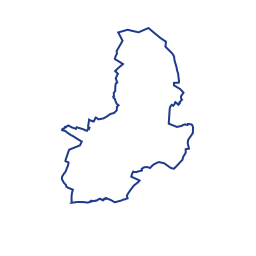 the district of Dutse, Jigawa, Nigeria, rotated 215°
{"feature_id": "59680162B76882427234764", "entity_name": "Dutse", "entity_type": "district", "adm_level": 2, "iso_a3": "NGA", "parent_name": "Nigeria", "parent_adm1": "Jigawa", "projection": "mercator", "projection_center": [9.316, 11.807], "detail": "fine", "context": "isolated", "style": "outline", "palette": "blue", "viewbox_px": 256, "rotation_deg": 215, "n_neighbors": 0, "source": "geoboundaries", "source_scale": "gbopen_adm2", "svg_char_len": 3431}
<svg xmlns="http://www.w3.org/2000/svg" viewBox="0 0 256 256"><g transform="rotate(215 128 128)"><path d="M88.4,91.6L89.4,91.4L89.9,91.4L97.4,90.0L98.4,92.9L98.7,95.3L97.2,95.8L95.8,96.7L95.1,97.8L92.2,101.2L93.4,102.5L92.2,105.1L89.9,107.0L87.0,107.9L86.4,111.6L86.1,112.7L84.0,116.7L82.9,117.9L78.1,119.9L70.1,119.8L67.1,120.9L66.5,123.9L65.2,133.2L65.8,135.0L66.2,135.8L66.6,141.0L68.6,143.7L66.2,146.1L70.4,149.8L71.9,152.7L72.0,161.1L75.1,165.8L77.1,167.3L77.7,167.3L78.2,167.3L79.5,166.6L81.3,165.6L81.1,164.9L81.0,164.6L82.0,164.1L82.6,163.9L83.0,163.9L83.5,163.5L83.7,163.2L84.1,162.6L84.3,162.5L84.4,162.4L84.6,162.1L84.8,161.9L85.1,160.6L88.6,156.9L90.9,156.4L97.1,154.9L101.0,161.3L104.7,167.4L105.6,169.6L105.5,172.0L103.7,172.2L103.6,174.4L103.7,174.8L104.1,176.1L104.0,176.4L103.4,176.3L101.2,176.1L100.1,175.9L99.8,177.1L100.1,177.5L99.9,178.4L100.6,178.6L100.0,182.2L101.4,182.6L102.8,184.4L102.8,188.8L107.6,189.8L114.8,189.3L116.2,191.3L112.9,193.9L112.4,194.2L113.0,195.6L116.9,199.8L117.7,200.9L118.6,201.6L119.0,201.9L120.7,203.2L123.2,205.7L128.6,210.0L131.3,213.0L134.4,214.4L144.1,216.1L144.5,217.2L146.5,220.5L149.1,220.4L150.3,220.4L152.9,220.3L168.6,221.6L174.3,212.4L184.7,208.2L190.8,200.7L182.5,196.3L181.7,187.6L181.5,185.1L181.4,184.4L179.9,183.0L179.5,181.2L179.2,179.2L178.4,177.0L176.7,177.0L173.2,177.3L168.8,177.5L170.3,171.9L171.2,167.3L167.3,166.6L167.2,165.1L166.5,161.6L162.9,159.1L163.5,157.5L162.5,155.3L160.3,151.8L159.7,151.0L159.7,150.6L159.8,148.7L158.3,146.5L157.7,146.1L158.0,145.2L156.9,144.3L155.6,144.4L155.1,144.0L153.4,142.7L151.3,141.4L148.8,141.2L149.2,139.0L147.4,136.0L148.0,132.4L148.4,131.9L150.5,129.3L152.0,125.1L153.6,121.8L157.2,118.1L160.3,118.2L160.5,118.1L159.8,113.8L160.9,113.5L160.8,113.2L162.8,112.7L164.6,112.5L164.1,111.8L163.9,111.0L163.5,110.3L163.2,109.7L163.1,109.3L162.7,108.7L162.5,108.3L162.2,107.6L162.0,107.0L161.5,106.8L161.3,106.4L161.2,105.9L160.9,105.7L160.5,105.7L160.2,105.8L159.7,106.0L159.3,104.6L160.2,104.3L160.2,104.0L160.2,103.6L160.1,103.1L160.1,102.7L160.0,102.2L160.9,101.9L161.3,101.7L161.9,101.7L162.3,101.6L162.9,101.4L163.4,101.4L163.7,101.3L164.4,101.2L165.0,101.0L170.5,99.1L170.2,97.4L174.4,96.3L178.4,95.8L179.2,94.1L179.2,93.2L179.6,93.1L180.1,92.8L179.8,92.3L179.9,91.8L180.2,91.5L180.1,91.1L180.2,90.8L180.2,90.2L180.7,90.0L180.6,89.4L181.0,89.3L180.8,88.5L177.3,89.6L175.9,89.4L171.3,89.4L168.5,89.8L162.8,90.0L158.1,90.4L157.4,86.2L163.8,76.4L161.7,69.2L161.0,66.8L160.7,65.9L160.3,65.0L158.9,65.2L157.4,65.7L156.5,65.2L155.9,63.2L155.3,62.1L155.3,60.9L154.9,59.6L154.3,57.2L154.1,55.5L154.3,54.2L154.2,52.3L154.1,50.9L153.9,49.9L153.5,49.3L152.8,48.2L150.6,47.1L149.0,46.3L146.3,45.8L145.0,44.6L143.8,44.7L142.9,44.6L137.8,45.9L137.0,43.5L136.0,41.4L135.0,39.6L131.4,34.5L131.4,34.4L126.9,38.4L124.8,39.9L121.6,42.0L118.2,43.8L116.2,46.3L116.7,46.9L116.3,47.5L115.7,47.6L115.0,47.7L114.5,48.3L114.1,48.5L113.7,49.1L113.4,49.5L113.0,49.5L112.6,50.1L112.4,50.5L112.0,50.6L111.6,51.5L111.3,52.6L110.6,53.8L109.8,53.7L109.2,54.0L109.2,54.3L108.7,54.5L107.9,54.4L107.0,54.3L106.7,54.8L106.8,55.3L106.7,55.7L106.9,56.1L106.6,56.4L106.7,56.8L106.4,57.1L105.9,57.0L105.7,57.1L106.1,57.5L106.0,58.0L100.4,59.2L97.8,59.4L96.1,59.7L91.7,65.0L91.0,66.3L90.6,66.8L89.5,67.8L89.3,68.6L88.8,69.1L88.0,70.1L90.2,72.1L90.4,75.9L90.4,78.7L90.2,84.2L89.3,87.2L88.6,89.3L88.4,91.6Z" fill="none" stroke="#1e3a8a" stroke-width="2"/></g></svg>